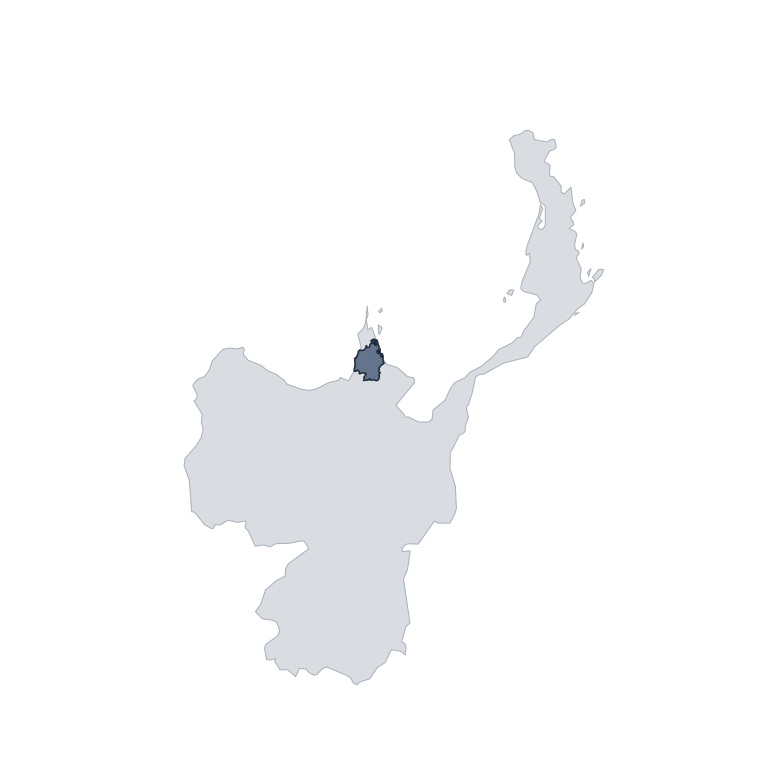 Chanthaburi on a map of Thailand (Mercator projection), rotated 212°
{"feature_id": "THA-432", "entity_name": "Chanthaburi", "entity_type": "Province", "adm_level": 1, "iso_a3": "THA", "parent_name": "Thailand", "parent_adm1": "", "projection": "mercator", "projection_center": [102.12, 12.821], "detail": "fine", "context": "in_parent", "style": "filled", "palette": "slate", "viewbox_px": 768, "rotation_deg": 212, "n_neighbors": 0, "source": "natural_earth", "source_scale": "10m", "svg_char_len": 7803}
<svg xmlns="http://www.w3.org/2000/svg" viewBox="0 0 768 768"><g transform="rotate(212 384 384)"><path d="M329.9,91.0L330.5,93.9L333.6,90.0L337.5,88.1L345.4,96.7L346.3,100.5L340.6,114.3L341.5,118.9L345.2,122.7L349.5,124.9L354.2,124.3L362.9,120.3L372.4,122.9L371.9,132.0L375.4,146.6L370.6,161.4L366.0,168.6L369.5,175.0L369.8,181.0L360.6,203.9L362.4,205.7L368.3,208.2L370.7,207.4L380.3,198.4L391.0,191.4L394.4,185.5L401.2,183.5L407.2,178.2L421.2,187.5L424.8,188.3L426.6,189.8L427.4,193.7L429.1,194.3L434.8,189.1L444.3,185.7L448.1,177.7L452.6,175.4L452.2,171.5L453.6,170.0L461.4,169.6L473.3,173.8L477.5,174.7L479.4,173.7L498.1,199.2L510.3,208.9L513.3,215.5L510.5,232.5L510.7,242.2L513.4,249.6L518.5,254.7L522.3,262.1L536.4,269.1L535.2,270.9L536.1,275.5L544.8,280.8L545.5,282.5L544.6,289.3L540.6,294.5L539.7,298.7L539.7,304.0L541.9,311.9L539.1,328.1L533.9,332.7L527.1,335.9L523.4,340.3L520.6,339.2L519.3,334.7L511.9,332.2L497.5,334.6L490.3,333.6L480.7,335.1L471.3,334.4L465.8,332.5L450.1,336.1L443.5,339.3L438.8,344.0L431.7,355.9L424.5,363.2L424.6,366.2L415.7,368.0L416.2,378.1L421.3,389.1L422.8,402.9L432.8,412.7L430.9,419.5L432.0,426.1L439.7,441.4L434.2,434.2L433.1,429.2L426.5,421.6L424.4,425.4L416.7,419.6L413.4,414.0L412.2,416.5L404.6,408.4L396.8,404.1L392.4,402.1L381.6,405.0L367.7,402.8L362.4,404.9L360.2,403.6L358.8,401.1L362.7,372.3L350.7,368.8L348.6,366.9L346.0,369.0L334.3,370.2L325.8,375.5L324.7,379.9L328.6,387.9L323.7,402.1L325.3,415.5L324.7,422.9L318.7,432.3L317.2,439.8L310.5,451.2L306.1,465.6L305.0,474.0L297.1,486.7L295.3,493.9L292.5,496.7L293.6,502.4L292.3,519.9L297.3,532.6L295.9,538.5L301.4,540.5L314.3,536.5L318.7,537.6L321.4,544.5L324.7,565.2L330.1,571.6L331.5,568.4L334.0,571.7L336.0,577.9L342.8,610.5L346.4,619.0L342.3,616.9L340.0,606.6L336.2,606.2L337.5,599.7L335.1,597.4L331.3,599.2L331.4,604.3L341.6,620.5L348.0,621.0L356.1,628.1L364.9,633.4L376.0,631.5L383.6,633.2L388.2,637.6L395.4,648.6L407.2,657.7L405.4,663.5L400.8,668.1L398.3,674.1L395.1,675.9L390.7,675.9L385.9,670.9L374.2,675.5L371.6,680.3L368.6,681.5L363.4,676.2L363.9,673.3L367.1,669.0L366.3,657.7L359.2,657.6L354.6,649.2L353.1,648.4L349.7,649.6L338.6,645.6L335.3,640.4L332.0,640.8L329.7,649.9L320.0,637.8L313.2,632.8L314.2,623.7L309.5,621.8L307.6,619.3L309.3,613.9L303.0,614.7L300.0,613.3L296.3,603.5L293.2,599.6L289.0,599.6L287.7,597.7L288.0,592.9L277.7,586.1L274.4,578.4L269.6,574.9L266.5,575.9L263.4,581.5L261.0,581.1L258.9,579.6L256.2,571.8L256.4,558.2L259.7,550.2L261.4,537.5L266.2,526.7L276.1,495.4L276.5,483.1L293.4,465.4L304.7,445.2L308.4,442.2L310.0,438.5L304.1,422.1L301.4,410.8L301.8,407.8L294.6,400.1L292.8,391.2L290.8,388.5L290.2,385.5L292.9,380.3L291.3,360.9L283.4,347.5L269.2,335.0L256.5,316.6L254.8,310.1L254.4,300.9L264.6,294.7L268.7,294.2L270.1,266.5L278.9,261.2L280.7,258.9L281.6,254.2L279.6,251.6L273.9,256.1L272.7,255.1L265.6,238.7L264.1,228.8L235.4,195.2L236.8,189.5L232.5,174.9L228.3,174.7L225.5,172.0L222.5,165.5L228.0,166.3L237.0,162.6L235.4,148.4L239.3,140.2L239.8,126.6L246.6,118.5L247.5,114.6L251.3,114.0L256.3,117.0L261.4,117.1L282.7,113.6L285.5,109.9L286.8,102.4L288.9,100.0L293.7,99.4L299.2,100.9L305.0,97.9L303.9,89.0L314.1,90.6L320.8,86.5L329.9,91.0ZM263.9,585.1L262.5,595.3L258.5,597.3L257.2,591.4L259.5,581.9L260.6,584.1L263.9,585.1ZM327.8,525.8L327.2,530.7L323.6,532.3L322.7,526.8L327.8,525.8ZM415.7,424.1L420.1,431.1L415.1,430.5L414.1,423.7L415.7,424.1ZM311.9,646.7L309.7,643.8L311.6,639.2L313.4,644.8L311.9,646.7ZM270.5,586.2L269.6,591.8L267.6,584.2L270.5,586.2ZM328.0,521.4L326.1,520.8L324.4,517.5L326.8,517.6L328.0,521.4ZM287.8,602.8L290.1,609.3L287.5,606.3L287.8,602.8ZM427.0,442.6L426.3,446.8L424.1,445.1L425.5,442.0L427.0,442.6ZM259.1,545.8L256.7,547.4L258.7,543.5L259.1,545.8Z" fill="#d9dde1" stroke="#a8b0b8" stroke-width="1"/><path d="M422.4,389.9L422.4,390.1L422.3,390.3L422.1,390.5L421.8,390.6L421.6,390.8L421.6,391.1L421.9,391.4L422.0,391.5L421.9,391.7L421.5,392.2L421.4,392.6L421.5,393.0L421.8,393.5L422.0,394.4L422.1,396.0L422.4,396.8L422.6,397.2L422.8,397.4L423.0,397.7L423.0,398.2L423.0,398.6L422.6,399.9L422.4,400.0L421.7,400.4L421.4,400.4L421.1,400.4L420.8,400.5L420.6,400.5L420.4,400.7L420.3,400.8L420.0,401.4L419.2,402.0L418.8,402.7L418.7,402.9L418.7,403.1L418.7,404.6L418.8,404.8L418.9,405.0L418.9,405.3L418.8,405.5L418.7,405.7L418.7,405.9L418.9,406.1L419.3,406.7L419.4,406.8L419.4,407.0L419.2,407.2L418.9,407.1L418.7,407.0L418.1,406.4L417.9,406.2L417.7,406.1L417.3,406.1L417.2,406.1L417.0,406.3L416.8,406.5L416.1,407.4L416.1,407.7L416.1,408.2L416.4,409.0L416.5,409.4L416.7,409.6L416.8,409.8L416.8,410.1L416.8,410.4L416.7,410.9L416.6,411.1L416.4,411.3L416.3,411.5L416.2,411.6L416.2,411.8L416.4,412.1L416.7,412.7L416.8,412.9L416.9,413.0L417.1,413.2L417.5,413.3L417.7,413.5L417.9,413.7L417.9,414.1L417.2,415.4L417.0,415.0L416.4,414.7L415.9,415.1L416.2,415.3L416.5,415.4L416.6,415.7L416.7,415.9L416.2,416.6L415.4,417.1L414.6,417.0L414.3,416.1L414.4,414.3L414.7,413.5L415.1,412.6L414.9,412.6L414.6,412.9L414.1,414.0L413.8,414.0L413.6,413.5L413.5,413.0L413.6,412.5L413.8,412.1L413.4,412.5L412.7,412.7L412.2,412.6L411.9,412.1L411.3,412.3L411.1,412.4L411.5,412.6L411.6,412.9L411.6,413.3L411.4,413.8L411.6,413.8L412.5,413.2L412.7,413.6L412.9,414.0L412.9,414.4L412.7,414.8L413.5,415.4L413.9,416.7L413.6,417.5L412.2,416.8L409.8,414.3L408.6,413.7L408.1,413.3L408.2,412.9L407.5,412.1L406.7,411.1L406.1,410.2L406.3,409.4L406.4,409.7L406.6,409.8L406.8,409.8L407.1,409.9L406.6,409.6L406.8,409.2L407.4,408.8L407.6,408.2L407.3,408.2L407.1,408.6L406.9,408.8L406.6,408.7L406.3,408.5L406.7,408.2L406.9,408.1L407.1,408.0L405.1,408.0L404.9,407.7L405.8,406.9L404.1,407.0L403.6,407.1L403.6,407.4L404.1,407.8L404.5,408.4L404.9,408.8L405.8,408.8L405.6,409.3L405.5,409.8L405.5,411.0L404.1,408.9L403.6,408.4L402.9,408.1L402.2,408.1L401.7,408.2L401.7,406.5L401.6,406.1L401.5,405.7L401.3,405.5L401.2,405.7L401.1,405.9L400.8,406.2L400.7,406.4L401.2,408.1L401.2,408.5L399.9,407.5L399.3,406.9L399.1,406.4L399.9,406.6L399.7,406.0L399.4,405.8L399.1,405.9L398.8,405.8L398.5,405.5L398.3,405.2L398.2,404.9L398.0,404.4L397.3,403.5L396.6,402.8L395.8,402.2L395.0,401.8L395.1,401.6L395.2,401.0L395.2,400.9L395.3,400.7L395.5,400.6L395.6,400.4L395.5,399.9L395.6,399.7L396.1,399.3L396.2,399.2L396.2,398.9L396.2,398.7L396.5,397.0L396.6,396.2L396.5,394.7L396.5,394.3L396.4,394.1L396.1,393.9L395.9,393.9L395.7,393.8L395.6,393.6L395.3,392.4L395.2,392.2L394.6,391.7L394.4,391.6L394.1,391.7L393.9,391.8L393.7,391.8L393.4,391.7L393.2,391.4L393.1,391.2L393.1,390.9L393.1,390.4L393.1,390.2L393.3,389.9L393.5,389.7L393.5,389.4L393.4,389.2L393.1,388.8L392.9,388.7L392.7,388.6L392.4,388.6L392.2,388.5L392.0,388.3L391.3,386.3L391.0,385.3L391.0,385.1L391.2,384.3L391.4,383.7L392.2,382.8L393.3,382.4L393.8,382.4L394.1,382.4L394.3,382.4L394.5,382.3L395.6,381.6L396.0,381.3L396.6,380.7L396.8,380.5L397.4,380.2L397.7,380.2L397.9,380.1L398.0,380.2L398.1,380.3L398.3,380.5L398.4,380.8L398.5,380.9L398.8,380.8L399.0,380.7L399.1,380.3L399.3,379.9L399.3,379.6L399.6,379.1L399.6,378.8L399.8,378.6L400.0,378.5L400.9,378.1L401.5,377.7L403.1,376.2L403.6,377.8L403.8,378.3L404.4,378.9L404.6,379.1L404.6,379.3L404.6,379.5L404.4,380.9L404.6,382.5L404.7,383.0L404.8,383.2L404.9,383.3L405.1,383.3L405.3,383.3L405.4,383.2L405.7,383.0L406.0,382.7L406.5,382.5L406.7,382.4L407.7,382.3L408.2,382.1L408.4,382.0L408.7,381.8L408.8,381.7L409.4,380.6L409.7,380.2L409.8,380.0L409.9,379.9L410.1,379.9L410.3,379.8L410.6,379.9L410.8,380.0L411.1,380.7L411.3,380.9L411.5,381.1L412.1,381.6L412.5,381.7L412.9,381.8L413.3,381.8L413.5,381.8L413.6,381.7L413.8,381.6L414.0,381.2L414.2,380.5L414.3,380.2L414.6,379.9L414.8,379.8L415.0,379.6L415.4,379.5L415.5,379.4L415.9,379.1L416.0,379.0L416.1,378.9L416.1,378.7L418.2,384.2L419.0,385.6L420.7,387.7L421.4,388.9L421.7,389.4L422.4,389.8L422.4,389.9Z" fill="#64748b" stroke="#1e293b" stroke-width="1.5"/></g></svg>